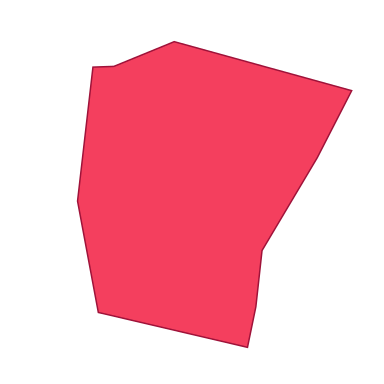 outline of Butuan, rotated 15°
{"feature_id": "PHL-5532", "entity_name": "Butuan", "entity_type": "Highly Urbanized City", "adm_level": 1, "iso_a3": "PHL", "parent_name": "Philippines", "parent_adm1": "", "projection": "equal_earth", "projection_center": [125.568, 8.906], "detail": "fine", "context": "isolated", "style": "filled", "palette": "rose", "viewbox_px": 384, "rotation_deg": 15, "n_neighbors": 0, "source": "natural_earth", "source_scale": "10m", "svg_char_len": 293}
<svg xmlns="http://www.w3.org/2000/svg" viewBox="0 0 384 384"><g transform="rotate(15 192 192)"><path d="M64.0,97.0L84.0,90.9L135.9,51.4L320.0,52.8L304.1,126.5L274.8,230.4L283.4,286.4L285.8,327.7L132.7,332.6L83.8,230.4L64.0,97.0Z" fill="#f43f5e" stroke="#9f1239" stroke-width="1.5"/></g></svg>